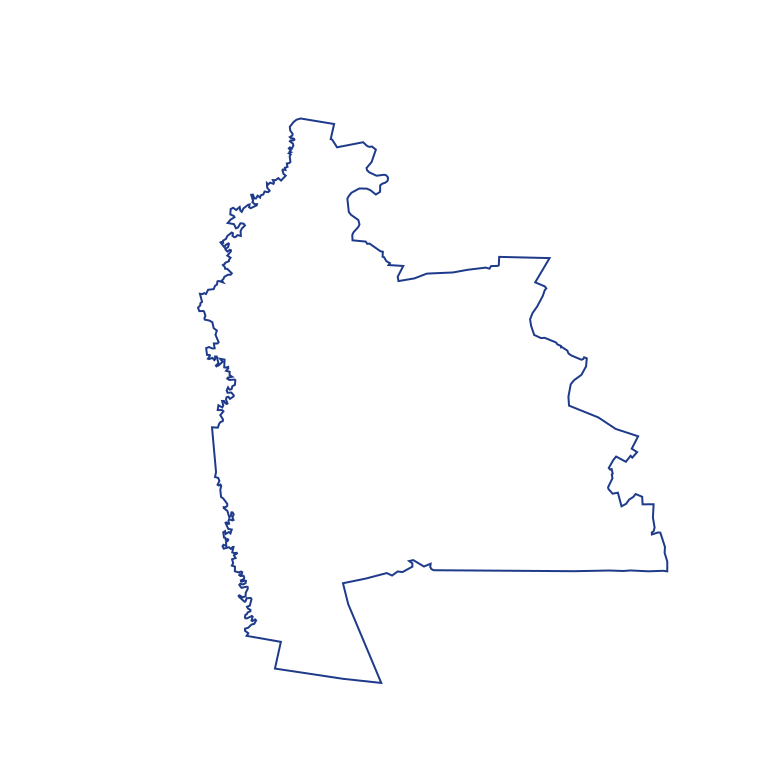 the district of Bocsig, Arad, Romania, rotated 249°
{"feature_id": "2599482B20557831066636", "entity_name": "Bocsig", "entity_type": "district", "adm_level": 2, "iso_a3": "ROU", "parent_name": "Romania", "parent_adm1": "Arad", "projection": "mercator", "projection_center": [21.993, 46.42], "detail": "fine", "context": "isolated", "style": "outline", "palette": "blue", "viewbox_px": 768, "rotation_deg": 249, "n_neighbors": 0, "source": "geoboundaries", "source_scale": "gbopen_adm2", "svg_char_len": 6166}
<svg xmlns="http://www.w3.org/2000/svg" viewBox="0 0 768 768"><g transform="rotate(249 384 384)"><path d="M415.1,569.8L417.5,569.1L424.7,561.6L442.2,583.7L461.4,537.1L453.7,533.7L453.5,532.5L455.7,526.2L453.9,523.8L456.2,520.7L460.7,502.8L463.4,488.4L471.7,463.6L471.7,450.2L474.9,434.4L479.2,435.2L487.3,444.3L493.4,430.9L494.7,432.8L497.9,430.2L502.3,429.5L503.3,428.3L507.9,430.3L509.3,428.2L520.3,420.8L520.8,418.6L523.5,418.0L529.4,406.1L534.5,407.8L536.5,409.8L539.8,416.3L541.8,418.3L546.3,418.8L553.8,413.8L557.2,412.8L570.1,416.2L571.9,418.3L574.2,422.1L575.4,430.9L572.6,437.9L569.9,440.7L563.8,444.3L564.8,449.2L570.8,451.6L571.6,454.0L571.5,457.5L572.3,460.0L573.8,461.1L575.5,461.7L578.1,460.8L579.3,459.1L581.1,451.7L587.0,446.0L589.7,444.8L591.9,445.1L595.6,451.9L605.7,460.4L610.0,457.9L610.5,455.6L612.0,453.7L617.2,451.1L621.8,425.0L630.7,423.2L631.7,422.0L644.6,430.6L661.7,401.4L662.1,397.1L661.0,393.5L657.8,388.2L654.2,387.3L650.2,388.3L648.8,387.5L648.3,384.6L647.0,385.2L645.2,387.9L644.2,387.9L643.9,386.6L644.8,383.8L644.3,383.1L641.0,385.1L639.0,384.8L636.7,382.2L638.6,381.0L638.1,379.6L635.5,380.5L634.7,379.2L633.7,380.2L633.4,377.9L631.7,379.2L630.3,377.5L624.8,376.2L624.2,374.7L624.7,372.3L621.3,371.7L621.4,369.0L619.1,368.7L620.5,366.7L620.0,365.8L616.2,365.5L613.7,366.9L610.8,360.8L614.1,359.1L613.1,355.9L614.2,353.3L611.4,353.5L610.5,352.5L612.8,349.8L611.8,347.5L613.5,346.7L609.2,345.3L605.4,346.5L604.6,344.6L606.5,341.5L604.2,339.2L604.3,336.5L602.4,335.1L605.1,333.5L603.1,331.0L603.6,329.5L607.8,329.5L608.2,327.8L601.8,327.4L600.8,326.3L598.2,327.8L597.4,329.9L596.4,329.2L595.9,322.5L597.4,321.4L599.8,322.9L600.0,321.4L598.3,315.7L595.7,312.9L597.4,312.0L601.0,312.7L599.4,308.4L602.6,306.3L602.2,303.5L597.4,301.3L594.7,304.0L593.3,304.2L592.4,299.6L590.3,295.8L587.0,301.2L582.4,301.6L582.4,303.7L585.5,307.6L584.0,310.4L581.8,311.0L580.1,307.0L578.1,304.9L573.5,303.4L575.5,300.6L574.4,298.1L574.7,296.9L576.6,295.6L578.9,297.0L580.0,296.1L578.3,290.7L576.1,288.5L575.5,285.1L573.6,284.5L574.9,283.1L574.8,282.1L568.7,284.0L570.4,285.7L571.1,289.0L570.4,289.5L567.7,287.5L567.0,284.7L566.3,284.2L563.8,285.2L564.6,288.1L563.7,289.0L562.7,288.6L560.0,283.7L556.9,286.0L555.4,283.7L554.2,283.2L554.1,279.3L553.3,278.7L552.8,276.2L550.4,277.3L548.5,277.0L547.7,278.9L541.9,281.6L541.0,280.1L541.9,277.4L541.3,273.4L539.4,271.5L538.7,269.5L536.5,270.2L539.4,266.6L539.5,265.3L536.7,263.7L536.2,261.4L533.6,259.0L535.0,253.6L531.8,250.0L533.3,248.7L533.0,246.7L534.2,244.5L525.9,243.6L525.3,241.6L523.2,240.6L521.9,237.7L518.2,237.7L516.9,241.5L516.1,242.0L511.6,241.7L509.8,239.9L508.3,239.8L505.9,243.6L503.2,245.9L497.2,245.0L493.8,247.1L490.3,244.3L482.3,244.6L481.5,243.1L482.8,239.7L478.0,238.7L478.6,236.6L481.2,233.9L481.2,230.8L474.6,229.2L473.6,231.6L472.8,231.7L470.7,228.7L469.9,229.6L469.9,233.2L467.1,234.1L467.5,235.1L470.2,236.2L469.6,237.7L462.8,236.9L461.5,233.7L460.5,233.9L460.6,236.2L462.6,241.3L466.2,240.1L463.9,243.9L456.8,240.8L456.0,242.1L455.8,244.6L454.5,244.3L452.9,241.3L450.7,244.3L447.6,243.0L445.2,244.8L445.9,240.4L445.1,239.6L443.1,241.2L441.7,246.1L440.8,246.6L436.6,244.5L436.3,241.7L433.8,239.8L434.1,237.8L436.8,237.2L434.4,234.8L431.9,234.8L430.7,238.4L427.2,239.7L426.3,239.1L425.3,234.8L427.9,234.1L428.0,232.2L426.1,230.9L421.9,230.9L421.7,230.1L423.0,228.9L425.5,228.5L426.2,226.8L421.4,226.2L420.1,224.6L423.5,221.8L419.3,219.4L417.6,223.6L416.0,224.3L413.6,220.0L408.5,221.0L407.1,220.1L407.1,217.6L406.0,215.9L402.8,213.2L405.2,207.9L361.9,195.6L357.7,192.9L355.7,195.6L352.5,195.6L349.6,192.5L348.4,193.4L348.7,195.3L347.2,195.5L344.0,193.3L337.0,191.4L334.7,192.9L328.3,194.7L326.4,194.0L325.8,192.1L326.5,190.2L325.6,189.9L321.6,192.3L315.1,191.8L315.9,194.0L318.8,195.5L318.4,196.6L316.3,197.0L313.5,194.6L311.0,194.8L311.0,193.5L313.3,191.0L311.8,189.7L309.1,189.3L309.3,188.3L311.3,187.2L311.2,186.3L304.5,186.7L302.7,189.7L299.5,187.1L301.4,186.2L300.7,182.5L303.6,182.9L303.2,180.8L298.0,179.6L297.3,180.8L295.4,180.4L295.3,182.4L294.5,182.8L293.6,182.0L293.2,179.9L289.3,178.7L291.4,176.5L290.4,175.1L287.7,175.4L287.2,180.7L284.9,182.0L286.1,184.3L285.8,185.1L281.2,182.0L279.9,183.4L279.2,186.0L278.5,186.0L277.9,182.5L274.7,183.1L274.8,179.3L270.8,179.0L269.0,176.9L267.0,179.4L262.6,177.7L260.3,180.6L260.1,183.4L259.1,184.2L257.6,183.1L258.0,181.0L257.5,180.4L256.2,181.2L255.3,184.1L253.3,184.1L252.1,183.1L252.0,180.0L251.1,179.8L250.4,180.5L250.4,183.7L249.6,184.6L247.7,183.4L247.4,180.4L249.1,178.3L248.3,176.9L244.8,177.9L244.0,183.3L243.2,184.0L241.6,183.4L238.8,180.2L235.4,178.7L235.6,175.5L238.5,173.4L238.4,172.4L237.5,172.3L230.7,175.8L230.6,176.7L233.2,179.0L232.0,182.9L230.6,183.2L225.2,179.3L225.1,176.2L223.2,176.5L220.9,178.4L219.7,177.8L219.6,174.9L218.2,173.3L218.2,171.9L215.9,170.5L214.9,170.7L214.3,172.1L214.8,177.5L213.8,178.0L210.6,175.5L209.8,176.2L210.4,179.3L209.1,179.9L206.6,176.9L206.9,174.0L205.1,169.9L205.4,166.6L203.5,165.8L199.9,168.0L198.1,165.5L180.2,195.3L157.4,180.2L123.4,240.2L105.9,274.3L191.3,271.7L212.7,274.3L208.9,297.2L206.5,318.8L202.3,322.9L204.1,329.6L201.8,333.8L203.3,345.0L206.4,346.2L209.7,344.1L209.1,348.2L199.3,355.9L199.5,363.1L196.6,361.6L194.3,361.9L192.4,363.5L141.1,494.4L129.2,527.3L123.6,540.6L121.6,547.3L114.3,563.9L109.6,577.6L107.6,581.3L116.6,584.8L125.9,585.5L131.2,587.9L146.2,588.7L147.2,586.7L147.5,580.2L149.4,580.8L150.0,583.0L153.0,585.2L162.9,587.2L175.1,592.6L179.0,582.3L186.2,584.6L191.1,579.5L189.2,576.2L188.2,571.4L185.4,567.1L184.7,561.9L198.7,563.4L199.7,558.1L205.5,555.9L207.3,556.2L214.1,563.5L218.0,564.3L218.4,565.4L223.0,566.0L223.0,564.5L225.0,563.7L230.9,570.9L233.1,574.7L224.7,581.9L228.6,588.5L226.3,589.4L229.7,595.9L234.8,592.1L244.1,602.5L259.0,584.2L276.0,572.1L297.5,549.0L306.0,551.6L316.8,558.2L319.4,562.7L321.8,571.6L328.1,579.0L335.3,582.5L337.2,580.4L335.9,579.0L335.9,577.0L343.5,569.1L346.3,567.2L349.5,567.1L354.5,563.5L354.8,562.4L356.1,562.9L358.8,560.1L361.1,559.5L369.5,550.6L370.6,547.0L376.0,541.8L385.8,542.2L392.1,543.6L397.0,548.1L401.4,554.7L409.3,563.8L414.0,567.7L415.1,569.8Z" fill="none" stroke="#1e3a8a" stroke-width="2"/></g></svg>